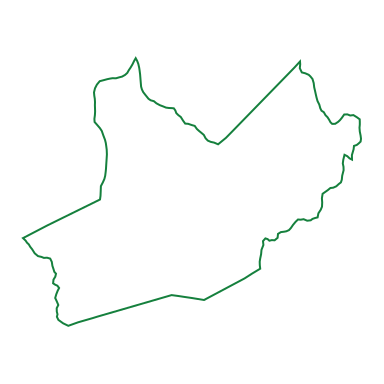 the district of Ibicoara, Bahia, Brazil
{"feature_id": "56859067B74041818755957", "entity_name": "Ibicoara", "entity_type": "district", "adm_level": 2, "iso_a3": "BRA", "parent_name": "Brazil", "parent_adm1": "Bahia", "projection": "natural_earth1", "projection_center": [-41.312, -13.375], "detail": "fine", "context": "isolated", "style": "outline", "palette": "green", "viewbox_px": 384, "rotation_deg": 0, "n_neighbors": 0, "source": "geoboundaries", "source_scale": "gbopen_adm2", "svg_char_len": 2859}
<svg xmlns="http://www.w3.org/2000/svg" viewBox="0 0 384 384"><path d="M244.6,278.4L251.9,273.7L260.2,268.7L259.8,265.2L259.7,261.7L260.2,258.5L261.1,254.2L261.5,249.8L263.4,245.0L263.0,241.1L265.4,238.4L267.6,239.1L269.4,240.7L271.8,240.1L274.6,240.3L277.6,237.8L278.0,233.9L280.9,232.1L284.1,231.7L286.3,231.3L289.0,230.1L290.9,228.0L293.1,224.8L295.6,221.8L298.0,219.5L300.7,219.7L303.6,219.2L307.2,220.7L310.7,220.3L312.5,218.9L315.1,218.0L317.6,217.4L318.4,213.3L320.7,209.8L322.0,206.7L322.2,202.4L321.9,198.3L322.6,193.8L325.0,192.1L327.7,190.2L330.4,188.0L333.2,187.7L336.3,186.3L338.8,184.0L340.9,182.4L341.8,179.7L342.2,175.7L343.6,170.2L343.5,166.8L342.8,163.5L343.3,159.7L344.5,154.8L347.3,156.2L349.6,158.4L352.0,159.6L351.9,155.1L352.9,151.7L353.6,149.3L354.0,145.9L356.7,145.0L358.6,143.5L360.6,141.6L361.0,138.8L360.6,135.6L359.8,131.6L359.5,127.7L359.8,124.7L359.8,122.0L359.7,119.3L356.8,117.2L353.4,115.1L350.2,115.5L347.4,114.4L344.2,114.5L341.8,117.9L340.0,120.1L338.2,121.8L335.2,123.8L332.2,123.9L330.5,122.3L329.1,119.7L327.5,117.2L325.5,115.2L323.8,112.2L321.5,110.7L320.3,108.3L319.3,104.6L317.5,101.0L316.5,97.4L315.7,93.9L315.0,90.7L314.2,87.3L313.7,83.1L312.5,79.0L310.4,76.4L308.7,74.8L305.3,73.3L301.8,72.4L299.8,68.2L300.2,64.3L300.0,61.5L294.4,67.6L231.8,131.9L225.9,137.9L218.1,144.3L214.1,142.6L210.8,141.9L207.8,140.6L205.6,138.3L203.8,134.9L201.2,132.7L199.0,130.9L196.9,129.0L194.7,125.9L191.9,125.1L188.1,123.8L185.2,123.6L183.1,120.7L180.8,117.0L178.3,115.1L176.3,113.1L175.3,110.4L173.8,108.3L171.4,108.1L168.9,108.0L166.0,107.6L163.1,106.4L159.9,105.2L156.4,103.3L153.9,101.2L150.7,100.3L148.5,98.8L145.6,95.2L143.2,92.1L141.9,89.4L141.1,86.6L140.7,81.9L140.4,78.1L140.1,74.4L139.6,70.5L139.2,67.8L138.3,63.9L137.2,61.0L135.7,58.2L134.2,60.8L132.5,64.3L130.5,67.7L128.8,70.2L127.3,72.9L125.1,74.9L122.1,76.6L119.0,77.4L115.9,78.3L112.5,78.2L110.0,78.6L107.2,79.2L103.9,80.1L99.7,81.2L96.9,84.6L95.0,88.3L94.0,92.4L94.3,95.8L94.8,98.8L95.0,102.2L94.9,105.1L95.0,108.1L95.1,111.6L94.9,115.1L94.4,118.9L94.6,122.0L96.9,124.6L99.9,128.1L101.8,131.0L103.4,135.6L105.0,139.8L105.8,143.0L106.3,146.5L106.7,149.6L106.9,154.4L106.7,157.6L106.5,160.7L106.3,163.7L106.0,168.6L105.7,171.7L105.2,175.7L104.4,178.9L102.8,182.5L100.9,186.1L100.7,191.4L100.5,195.9L100.0,199.5L47.4,225.4L23.0,238.1L25.6,240.6L27.0,242.7L28.8,244.4L30.2,246.8L32.1,249.2L34.7,253.3L38.0,256.1L41.4,256.9L43.9,257.9L47.0,257.7L50.2,258.6L51.8,261.9L52.4,265.8L53.5,269.1L54.3,271.8L56.0,273.7L55.3,276.7L53.5,279.6L53.1,283.3L55.0,284.6L57.4,285.7L59.1,288.0L57.7,290.7L56.3,294.2L55.2,298.0L56.8,301.4L58.3,305.0L56.7,308.2L56.8,311.6L57.5,314.3L56.9,316.8L58.4,319.9L63.1,323.3L68.3,325.8L78.1,322.3L92.7,318.1L97.2,316.7L171.6,295.1L178.3,296.0L184.9,297.0L191.8,298.0L204.0,300.0L244.6,278.4Z" fill="none" stroke="#15803d" stroke-width="2"/></svg>